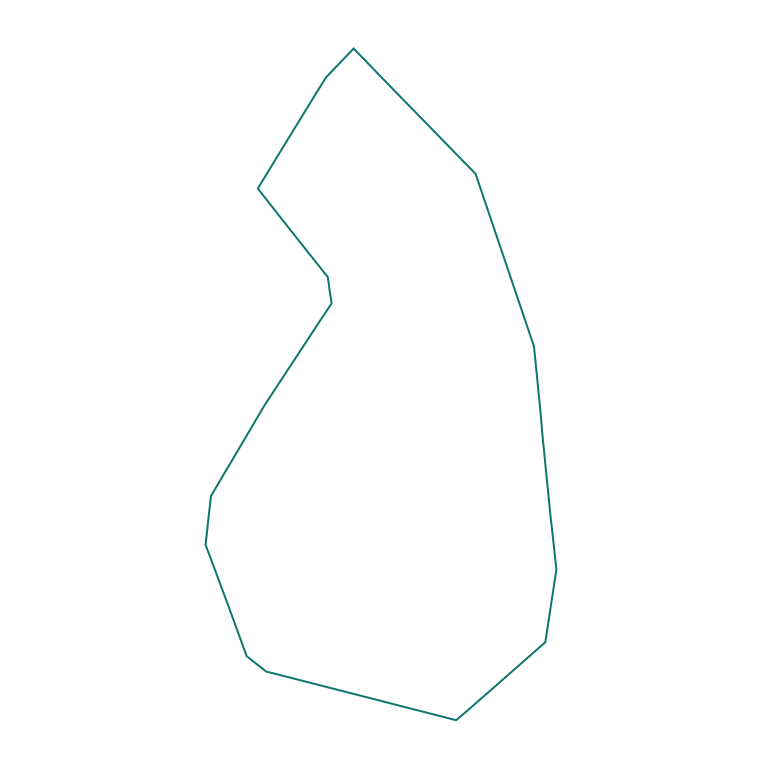 Presidente Dutra, Bahia, Brazil (Natural Earth projection), rotated 181°
{"feature_id": "56859067B99362282210335", "entity_name": "Presidente Dutra", "entity_type": "district", "adm_level": 2, "iso_a3": "BRA", "parent_name": "Brazil", "parent_adm1": "Bahia", "projection": "natural_earth1", "projection_center": [-41.989, -11.318], "detail": "fine", "context": "isolated", "style": "outline", "palette": "teal", "viewbox_px": 768, "rotation_deg": 181, "n_neighbors": 0, "source": "geoboundaries", "source_scale": "gbopen_adm2", "svg_char_len": 546}
<svg xmlns="http://www.w3.org/2000/svg" viewBox="0 0 768 768"><g transform="rotate(181 384 384)"><path d="M218.2,128.6L208.4,201.5L213.7,243.7L215.0,253.0L224.9,337.6L226.9,357.6L234.7,424.2L296.1,595.7L376.6,675.4L391.4,690.1L420.2,718.9L447.3,689.6L457.5,672.6L483.8,628.0L513.6,577.2L478.2,533.8L442.0,489.8L439.9,476.0L437.8,463.6L447.8,448.1L502.9,360.9L555.1,268.9L559.6,220.1L554.6,207.6L536.8,162.1L516.5,109.4L508.2,103.1L496.9,94.5L306.0,49.1L293.6,60.1L287.4,65.7L218.2,128.6Z" fill="none" stroke="#0f766e" stroke-width="2"/></g></svg>